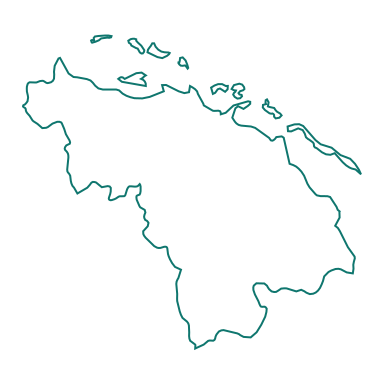 SVG path tracing the border of Villa Clara
{"feature_id": "CUB-1431", "entity_name": "Villa Clara", "entity_type": "Province", "adm_level": 1, "iso_a3": "CUB", "parent_name": "Cuba", "parent_adm1": "", "projection": "mercator", "projection_center": [-80.068, 22.547], "detail": "fine", "context": "isolated", "style": "outline", "palette": "teal", "viewbox_px": 384, "rotation_deg": 0, "n_neighbors": 0, "source": "natural_earth", "source_scale": "10m", "svg_char_len": 5862}
<svg xmlns="http://www.w3.org/2000/svg" viewBox="0 0 384 384"><path d="M60.0,57.9L68.6,73.5L73.5,77.0L77.2,77.3L86.9,79.1L90.5,80.5L92.8,82.7L95.2,85.7L98.4,88.4L102.7,89.5L116.1,89.5L119.1,90.4L122.6,93.6L126.5,95.8L130.4,97.2L134.5,98.2L142.3,98.4L149.7,96.9L163.8,91.3L162.1,85.1L166.1,85.0L178.7,91.3L184.3,93.1L189.0,92.2L190.0,86.0L192.5,87.4L195.1,89.2L197.1,91.4L197.9,93.9L203.3,103.7L203.8,105.4L212.8,110.7L214.1,110.9L218.4,110.7L220.0,111.2L220.7,112.5L220.8,114.3L225.7,112.8L233.5,105.5L248.1,101.3L250.2,101.8L250.2,103.8L247.9,105.9L243.5,108.9L238.1,106.2L235.4,108.3L232.3,117.7L234.9,121.7L236.4,123.4L238.6,124.9L241.2,125.6L251.0,126.5L255.2,127.9L269.1,137.9L270.8,140.3L272.2,140.7L273.5,140.2L275.0,138.9L276.0,137.6L276.3,137.1L281.7,136.4L283.7,137.7L289.6,163.8L293.3,165.1L296.2,166.6L298.7,168.7L301.4,171.6L304.1,175.7L307.4,183.7L309.6,187.4L315.6,194.3L317.0,195.4L320.5,196.1L327.4,196.2L330.1,197.0L336.5,206.8L337.7,209.8L339.6,211.4L339.4,211.7L339.6,217.6L335.2,225.8L337.9,228.0L339.9,231.2L347.9,247.2L354.6,256.6L354.8,258.4L353.9,261.6L353.3,264.7L353.5,268.8L352.8,273.4L346.7,272.4L340.8,269.3L338.4,268.8L335.5,269.0L331.3,270.5L328.5,272.0L324.2,276.4L323.0,281.0L321.7,284.3L320.0,287.9L318.0,290.6L315.8,292.5L313.2,293.7L309.8,294.1L306.4,292.7L304.4,291.3L301.2,289.8L296.3,291.4L286.6,288.4L284.4,288.3L281.2,288.6L277.8,290.9L276.1,291.9L274.1,292.0L271.6,291.4L269.1,289.2L267.9,287.4L267.0,285.7L264.3,283.5L256.4,283.3L253.8,285.6L253.3,287.4L253.4,290.0L254.9,294.4L258.4,301.2L259.5,304.1L260.3,305.8L261.0,306.6L262.1,306.8L264.7,306.7L265.7,307.3L266.7,308.7L266.4,312.0L265.2,316.7L261.3,324.7L256.6,332.3L250.7,337.4L243.6,336.9L240.2,335.1L239.1,334.2L237.3,333.4L223.5,330.1L221.3,330.4L218.9,331.5L216.5,334.5L215.6,336.5L215.1,338.7L214.4,340.0L213.2,340.7L209.7,340.5L208.1,340.9L203.7,344.6L195.2,348.5L195.4,345.0L195.1,344.5L190.2,340.8L189.4,338.6L189.1,336.1L189.2,332.3L188.9,325.5L188.3,323.4L187.0,321.6L182.5,317.9L180.9,314.7L179.7,311.3L177.2,301.1L177.1,298.9L177.2,293.9L176.3,283.9L176.6,281.6L177.5,279.5L178.4,278.0L181.0,269.7L175.0,266.9L172.1,263.1L170.0,259.3L168.7,256.3L168.0,254.0L167.3,248.3L166.9,247.4L166.3,246.9L165.3,246.7L164.1,246.8L160.5,247.9L158.8,248.0L157.1,247.7L154.2,246.1L145.6,237.7L144.1,235.7L143.3,234.0L143.2,231.2L147.7,226.3L148.5,222.9L147.8,221.8L146.9,220.8L145.2,219.9L144.3,218.0L144.1,216.6L144.5,214.7L145.4,212.5L144.7,209.9L140.2,207.3L139.4,206.0L136.7,199.7L136.4,197.5L136.5,196.2L137.2,195.5L139.6,194.6L140.2,193.3L140.6,191.1L140.6,186.6L140.2,184.9L139.7,184.1L138.0,185.9L137.3,186.3L135.9,186.6L134.3,186.6L131.0,186.3L129.6,186.3L128.8,186.7L128.0,187.6L127.1,189.3L125.3,195.1L124.9,195.7L124.1,196.2L119.7,196.3L118.6,196.7L115.9,198.5L114.4,199.2L111.7,200.1L110.4,200.2L109.4,199.8L109.0,199.3L108.8,198.6L109.0,197.5L110.2,194.0L110.7,191.6L110.8,187.9L109.7,186.5L107.7,186.1L101.8,187.2L96.1,182.5L94.9,182.1L92.9,181.9L91.7,182.5L90.8,183.4L90.2,184.4L87.3,187.7L77.4,193.5L74.0,187.6L72.5,185.9L71.4,183.4L70.8,180.8L70.2,175.7L69.1,173.7L68.0,172.5L67.4,171.4L67.2,169.5L68.4,157.4L68.3,155.2L67.9,153.5L66.8,151.7L65.1,149.9L64.7,148.8L65.0,147.3L66.3,145.4L69.8,143.7L70.1,142.3L69.5,140.4L65.9,134.2L64.2,128.9L61.9,123.5L61.3,122.5L59.5,121.8L57.2,121.8L52.5,123.6L47.8,127.1L46.1,127.8L42.3,128.1L37.5,123.9L33.5,121.3L32.5,120.4L29.6,115.8L27.2,113.1L26.4,111.9L25.9,110.7L25.7,109.0L25.2,108.1L23.4,107.0L23.0,106.3L23.3,105.3L25.0,104.4L26.2,103.1L27.5,101.3L28.1,97.5L27.8,95.4L26.9,91.5L26.8,88.6L26.9,86.6L27.6,84.1L28.4,83.0L29.6,82.3L35.6,82.5L36.6,82.4L39.9,81.1L42.3,80.8L43.2,80.9L44.2,81.4L46.3,82.8L47.4,83.1L48.7,82.9L51.1,82.2L52.9,80.8L54.0,78.7L54.2,74.4L54.0,71.8L54.7,65.8L58.5,58.5L60.0,57.9ZM355.6,169.5L351.6,168.5L349.4,167.5L346.2,165.4L342.7,162.2L334.7,153.2L330.4,154.8L326.0,154.3L322.0,152.3L316.6,148.1L315.0,147.5L314.1,146.4L313.7,143.5L312.9,142.4L309.1,139.6L308.0,139.0L306.0,137.3L304.8,133.7L302.7,130.1L298.2,128.4L291.2,131.4L288.0,131.2L287.6,126.5L294.4,124.4L299.2,124.2L303.2,126.0L315.5,140.1L320.7,144.3L331.6,147.7L340.5,155.1L350.2,158.8L355.0,163.8L358.9,169.7L361.0,174.3L355.6,169.5ZM124.7,78.9L136.3,73.2L141.6,72.6L145.8,75.4L144.6,76.1L142.3,78.2L141.1,78.9L143.3,79.9L144.8,81.5L145.7,83.5L145.8,86.0L121.9,81.8L118.3,78.9L119.7,77.8L121.1,77.2L122.7,77.4L124.7,78.9ZM154.1,43.3L155.6,46.7L158.2,49.6L161.4,51.6L164.7,52.3L168.5,52.5L169.7,53.0L169.1,54.1L167.1,55.8L162.3,58.1L157.5,57.1L147.5,52.3L148.0,49.7L149.3,47.8L150.8,45.9L152.3,43.3L154.1,43.3ZM277.0,111.7L280.2,113.6L281.6,115.4L279.4,117.7L275.7,118.4L274.1,116.7L274.1,114.9L273.4,114.0L272.5,113.5L271.2,113.7L269.5,113.3L264.9,110.0L262.8,107.5L263.0,104.9L266.0,104.1L265.5,102.5L265.7,100.2L267.0,99.4L268.6,102.3L267.9,106.4L269.6,107.0L274.2,108.0L275.6,110.2L277.0,111.7ZM242.2,84.6L244.1,87.2L244.4,89.1L243.0,90.3L240.1,91.2L238.5,93.1L239.5,94.5L241.6,94.9L242.0,96.3L240.2,98.2L237.4,98.6L234.7,96.9L233.2,94.6L233.9,93.0L235.3,91.8L235.9,90.5L233.8,90.2L231.6,89.0L234.0,85.1L239.3,83.7L242.2,84.6ZM141.3,45.7L144.3,50.2L144.0,51.9L142.8,53.4L141.4,53.5L139.8,52.4L137.7,48.6L135.9,48.0L131.3,45.5L130.9,44.3L130.5,43.8L128.9,42.8L128.3,40.7L130.6,39.2L132.3,38.8L134.1,38.7L136.2,39.3L136.2,40.7L137.8,42.5L141.3,45.7ZM225.8,86.0L227.8,85.9L227.6,89.3L225.1,91.8L220.0,88.5L217.7,89.3L215.2,92.8L212.9,93.9L211.1,87.6L214.5,85.5L218.2,84.1L222.1,84.1L225.8,86.0ZM105.5,35.5L108.2,35.5L111.5,36.1L111.1,37.3L109.2,37.8L107.3,37.6L101.2,38.4L98.9,40.3L95.3,41.8L92.1,42.7L91.6,42.2L91.1,40.5L92.0,40.0L94.1,40.3L93.7,38.0L94.9,36.5L98.3,36.0L105.5,35.5ZM185.6,60.5L187.2,64.5L188.2,67.9L187.6,68.6L186.2,66.6L185.1,65.4L182.6,65.8L180.7,65.6L179.3,64.4L178.4,63.0L178.5,62.4L179.3,62.5L179.7,61.1L180.1,58.0L182.7,57.4L185.6,60.5Z" fill="none" stroke="#0f766e" stroke-width="2"/></svg>